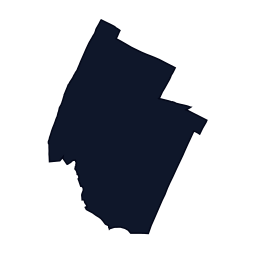 Rojiste, Dolj, Romania (Robinson projection), rotated 277°
{"feature_id": "2599482B91976879692627", "entity_name": "Rojiste", "entity_type": "district", "adm_level": 2, "iso_a3": "ROU", "parent_name": "Romania", "parent_adm1": "Dolj", "projection": "robinson", "projection_center": [23.932, 44.069], "detail": "fine", "context": "isolated", "style": "filled", "palette": "ink", "viewbox_px": 256, "rotation_deg": 277, "n_neighbors": 0, "source": "geoboundaries", "source_scale": "gbopen_adm2", "svg_char_len": 3755}
<svg xmlns="http://www.w3.org/2000/svg" viewBox="0 0 256 256"><g transform="rotate(277 128 128)"><path d="M24.0,143.5L25.1,152.3L25.6,157.4L25.6,157.7L25.7,159.5L25.8,161.0L34.1,162.8L40.0,164.6L54.6,168.9L60.7,170.7L66.5,172.7L73.3,174.4L79.0,176.2L85.1,178.3L93.9,181.1L102.0,183.8L108.1,185.8L112.5,187.1L119.6,189.3L124.4,190.9L128.8,192.3L132.9,193.6L132.7,195.0L132.5,195.7L132.3,196.4L132.1,196.8L131.7,197.9L130.7,199.9L136.9,202.0L143.2,204.7L145.3,205.3L148.1,197.6L150.8,190.1L152.7,185.0L153.1,183.4L156.1,187.5L156.3,187.7L156.3,187.4L156.4,186.7L156.5,186.4L156.9,184.9L157.1,183.6L157.4,181.1L157.8,176.8L158.3,172.9L158.4,172.4L158.5,172.1L158.8,171.6L159.1,170.5L159.3,169.4L159.4,168.8L159.2,168.0L159.2,167.6L159.3,167.4L159.5,166.8L159.8,165.1L160.3,161.0L160.6,158.7L160.8,157.3L160.9,155.5L161.0,154.9L161.3,155.1L162.2,155.7L163.0,156.1L163.3,156.1L164.0,156.3L165.4,156.8L168.0,157.6L172.0,159.4L177.9,161.8L181.3,163.2L183.8,164.0L185.2,164.3L185.9,164.5L187.3,165.2L188.7,165.8L191.5,166.8L193.5,167.5L197.3,157.1L199.7,150.7L200.1,149.3L201.2,145.6L202.1,142.2L203.4,137.0L204.7,132.5L205.9,128.9L206.6,126.9L207.4,124.5L208.5,121.4L210.4,117.0L213.4,109.9L214.5,107.0L215.2,105.3L218.0,106.3L220.5,107.0L222.8,107.7L223.8,108.1L224.2,107.5L225.3,105.3L225.9,103.8L226.5,103.1L227.2,101.8L228.0,99.7L228.9,97.2L229.7,94.8L230.7,91.9L231.2,90.5L232.0,88.2L231.9,88.1L227.6,86.5L226.2,85.9L224.5,85.2L223.1,84.6L221.9,84.2L220.4,84.0L218.6,83.6L217.1,83.1L215.1,82.1L212.8,81.2L211.0,80.4L210.7,80.2L210.4,80.1L209.6,79.9L209.2,79.6L208.2,79.2L207.1,78.8L205.0,78.1L201.0,76.8L196.9,75.6L191.6,74.0L188.0,72.9L184.9,72.1L182.6,71.4L181.8,71.2L181.0,70.9L180.3,70.8L179.6,70.6L178.3,70.1L177.1,69.4L176.5,69.1L175.7,68.9L174.8,68.5L174.0,68.1L172.6,67.6L171.6,67.3L171.1,67.1L169.0,66.1L166.2,64.7L165.0,64.3L164.5,64.1L164.0,63.7L163.4,63.4L163.1,63.3L162.9,63.3L160.9,62.8L154.7,61.1L152.9,60.6L152.2,60.7L151.4,60.5L150.3,60.3L147.7,59.9L146.7,59.7L145.8,59.5L144.6,59.3L143.7,59.0L142.8,58.8L140.3,57.7L139.7,57.5L138.6,57.4L136.1,57.2L134.5,56.8L130.9,56.4L129.9,56.1L129.7,56.0L128.2,55.6L127.9,55.5L125.8,55.1L122.8,54.4L118.7,53.3L115.5,52.6L111.3,51.9L110.1,51.6L109.1,51.4L108.2,51.3L107.3,51.3L106.2,51.0L105.4,50.8L104.9,50.7L104.4,50.7L103.8,50.8L103.3,50.9L103.2,50.9L103.0,51.1L102.6,51.4L102.1,51.6L101.7,51.7L100.6,51.9L99.5,52.0L95.7,52.6L92.4,52.9L89.9,53.4L85.0,54.2L85.9,58.2L87.2,64.3L91.5,67.1L90.0,67.1L86.6,70.2L85.5,71.1L84.7,71.9L84.6,72.0L84.9,72.7L85.4,73.2L85.9,73.8L86.6,74.8L87.7,75.9L88.8,76.7L89.3,77.7L89.5,78.7L89.7,79.3L89.7,79.5L89.2,80.0L88.5,80.1L87.7,80.6L87.2,81.1L86.7,81.2L86.0,80.7L85.6,80.7L85.3,80.8L85.2,80.9L84.9,81.2L84.4,81.3L84.1,81.0L83.8,80.6L83.5,80.5L82.7,80.6L81.8,80.4L81.6,80.4L81.2,80.4L80.9,80.4L80.5,80.7L79.9,81.5L79.3,81.9L78.8,82.3L77.8,82.7L77.1,82.9L76.7,83.2L76.4,83.4L76.2,83.3L75.9,83.2L75.7,83.3L75.6,83.5L75.7,83.9L75.9,84.1L75.1,84.6L74.1,85.0L73.7,85.2L73.0,85.3L72.7,85.4L72.4,85.4L72.2,85.3L72.1,85.1L71.8,84.9L71.6,84.8L71.4,84.8L71.1,84.9L69.7,85.7L64.7,88.1L64.4,88.3L64.4,88.9L64.7,89.3L64.3,89.8L63.5,90.5L62.2,91.1L61.2,91.2L60.6,91.2L60.3,91.2L59.8,91.1L58.3,90.7L57.0,90.4L55.8,90.3L53.1,90.9L51.9,91.1L51.4,91.2L51.1,91.3L51.2,91.5L51.3,91.8L51.3,92.6L51.2,93.0L50.9,93.2L50.1,93.7L48.9,94.2L48.6,94.4L48.2,94.7L47.5,95.2L47.1,95.9L46.5,96.2L45.9,96.5L45.3,96.7L44.7,96.8L44.3,96.8L44.3,96.2L44.3,95.6L44.3,95.4L44.2,95.3L43.8,95.3L43.3,95.9L42.1,96.6L41.1,99.1L39.6,103.1L37.4,107.1L36.1,110.0L34.8,112.3L32.8,114.5L30.8,116.4L29.9,117.3L29.6,118.0L29.2,119.3L28.9,120.5L28.3,120.8L27.1,121.0L26.3,121.5L25.5,121.8L25.9,122.1L27.9,126.5L28.8,132.5L28.1,137.2L26.7,140.6L24.0,143.5Z" fill="#0f172a" stroke="#020617" stroke-width="1.5"/></g></svg>